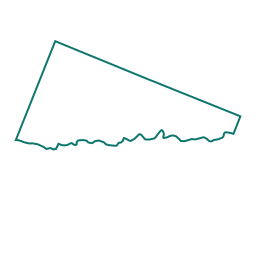 the district of Maverick, Texas, United States of America, rotated 292°
{"feature_id": "52423323B24944567676343", "entity_name": "Maverick", "entity_type": "district", "adm_level": 2, "iso_a3": "USA", "parent_name": "United States of America", "parent_adm1": "Texas", "projection": "robinson", "projection_center": [-100.434, 28.642], "detail": "fine", "context": "isolated", "style": "outline", "palette": "teal", "viewbox_px": 256, "rotation_deg": 292, "n_neighbors": 0, "source": "geoboundaries", "source_scale": "gbopen_adm2", "svg_char_len": 1244}
<svg xmlns="http://www.w3.org/2000/svg" viewBox="0 0 256 256"><g transform="rotate(292 128 128)"><path d="M181.2,28.0L74.8,28.5L75.6,31.0L75.9,34.4L75.8,36.6L76.3,40.3L77.1,43.6L77.6,44.0L78.1,45.6L79.1,50.5L78.8,57.1L78.0,60.1L80.4,63.7L80.3,66.2L80.1,66.7L81.8,69.3L82.6,69.1L87.4,69.5L87.3,72.7L88.0,75.4L89.5,78.2L91.6,79.8L93.0,81.5L92.2,84.3L92.7,85.9L93.5,86.5L95.2,85.8L96.8,86.0L97.9,86.6L100.1,91.1L100.7,94.4L99.7,96.7L100.6,100.6L103.3,102.2L105.5,105.7L105.7,111.1L104.6,113.7L105.0,117.0L106.9,123.4L107.7,124.2L110.8,124.9L111.8,126.8L114.0,128.0L117.1,127.9L117.4,129.0L116.8,133.6L117.0,135.3L120.4,138.1L126.4,140.7L126.7,141.8L126.6,142.8L123.9,148.2L125.1,151.8L128.2,156.3L130.1,157.2L133.3,157.9L137.8,159.4L138.7,160.0L138.1,161.7L136.8,162.9L135.2,163.7L132.6,164.1L132.1,165.0L134.2,168.0L135.5,169.0L137.3,171.2L138.0,172.7L138.3,175.5L138.1,176.2L136.8,180.0L135.7,181.7L136.7,184.6L137.2,185.7L141.3,190.8L141.9,191.9L142.5,194.5L147.4,201.0L147.8,202.0L147.6,204.5L146.3,208.3L146.5,209.6L147.3,210.8L149.0,212.0L151.4,216.0L154.5,219.1L155.5,219.6L159.1,219.2L159.9,219.4L160.5,220.0L161.0,221.2L161.8,224.9L162.1,228.0L180.9,227.8L180.7,126.5L181.2,28.0Z" fill="none" stroke="#0f766e" stroke-width="2"/></g></svg>